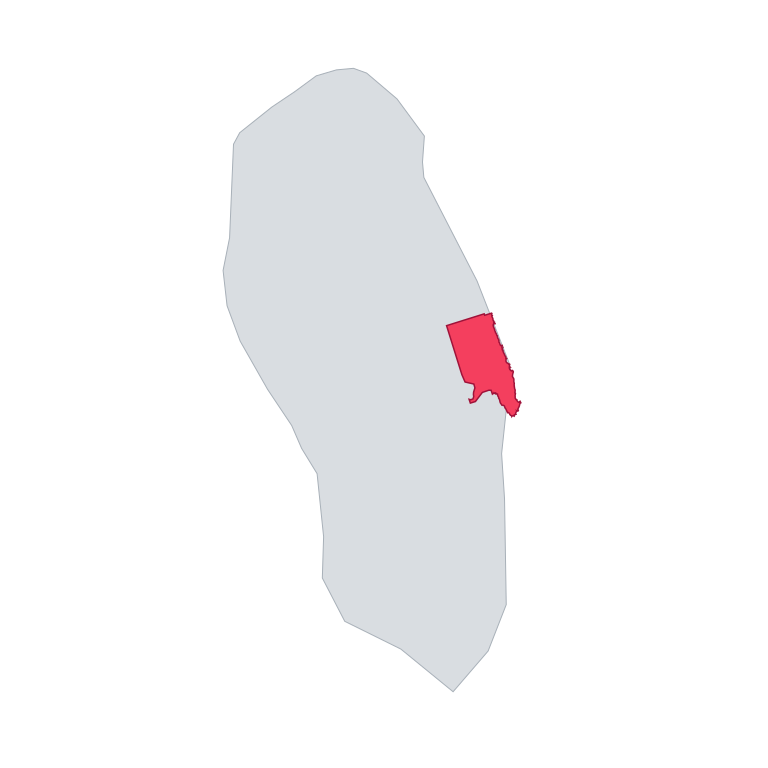 86, Ar Rayyān, Qatar shown in context, rotated 163°
{"feature_id": "91078587B46444112589307", "entity_name": "86", "entity_type": "district", "adm_level": 2, "iso_a3": "QAT", "parent_name": "Qatar", "parent_adm1": "Ar Rayyān", "projection": "equal_earth", "projection_center": [50.779, 25.397], "detail": "fine", "context": "in_parent", "style": "filled", "palette": "rose", "viewbox_px": 768, "rotation_deg": 163, "n_neighbors": 0, "source": "geoboundaries", "source_scale": "gbopen_adm2", "svg_char_len": 5691}
<svg xmlns="http://www.w3.org/2000/svg" viewBox="0 0 768 768"><g transform="rotate(163 384 384)"><path d="M410.4,681.6L383.8,689.7L358.7,698.5L337.7,698.3L320.9,694.8L309.7,686.4L288.2,652.8L272.9,609.3L282.3,585.0L285.5,569.9L264.9,455.3L258.2,367.5L260.7,349.5L272.4,328.8L291.9,283.0L302.3,239.0L331.6,137.3L362.5,98.2L407.9,69.5L445.4,125.6L490.9,168.5L499.7,216.5L486.4,255.6L474.2,317.8L481.6,346.5L484.4,371.3L496.9,412.9L509.0,467.0L511.2,504.7L504.7,539.6L488.9,569.0L457.8,657.3L448.5,666.5L410.4,681.6Z" fill="#d9dde1" stroke="#a8b0b8" stroke-width="1"/><path d="M307.0,340.5L301.7,340.5L292.4,347.2L285.6,347.4L283.4,346.7L283.3,342.7L282.7,343.0L282.2,343.0L282.0,342.9L281.9,343.0L281.9,342.9L281.6,342.9L281.4,343.0L280.7,343.1L280.4,343.1L280.2,343.0L280.2,342.8L279.9,342.7L279.0,341.7L279.9,341.8L280.1,342.1L280.3,342.1L280.4,342.3L280.5,342.4L280.6,342.6L280.3,342.0L280.0,341.8L279.1,341.6L278.7,340.9L278.6,340.2L278.6,339.3L278.6,338.9L278.4,338.5L278.3,337.8L278.5,337.0L278.4,336.7L278.3,336.2L278.2,335.9L278.1,334.7L278.2,334.3L278.2,333.5L278.3,333.2L278.3,332.7L278.2,331.8L278.2,331.6L278.1,331.4L278.1,331.2L277.8,330.6L277.5,329.6L277.5,329.3L277.2,329.0L277.4,328.7L277.2,328.9L277.1,329.0L276.8,328.9L276.9,328.5L276.8,328.8L276.4,328.8L276.1,328.7L275.8,328.5L275.4,327.9L275.3,327.7L275.3,326.7L275.2,326.3L275.3,325.8L275.0,325.3L274.9,324.8L274.8,324.6L274.7,324.1L274.6,323.6L274.6,323.2L274.5,322.7L274.5,322.4L274.4,322.1L274.3,321.9L274.4,321.6L274.3,321.4L274.3,321.1L274.0,320.8L274.1,320.4L273.5,320.3L273.1,320.0L273.0,319.9L273.0,319.7L272.9,319.5L272.8,319.4L272.7,319.0L272.6,318.7L272.6,318.1L272.3,317.5L272.1,317.0L271.8,316.8L271.3,316.3L271.3,316.2L271.3,315.9L271.3,315.7L271.2,315.8L271.2,316.0L270.5,316.0L270.1,315.8L269.7,315.8L269.5,316.0L269.3,316.0L269.0,315.7L269.0,315.4L268.9,315.2L268.5,315.5L268.5,315.8L268.6,316.0L268.4,316.3L268.1,316.4L267.8,316.5L267.2,316.6L266.7,316.5L266.8,317.0L266.7,317.1L266.4,317.9L266.2,318.2L265.6,318.7L265.4,318.8L265.1,319.2L264.9,319.4L264.6,319.5L264.3,319.1L264.4,319.3L264.1,319.1L264.0,319.5L263.8,320.2L263.5,320.4L263.1,319.7L262.8,320.0L263.1,319.9L263.4,320.2L263.4,320.4L263.3,320.8L263.1,321.1L262.4,321.9L262.0,322.2L261.8,322.5L261.0,323.4L260.1,325.0L259.5,325.9L259.2,326.1L258.9,326.0L259.0,325.9L258.9,325.9L258.9,326.0L259.0,326.4L258.9,326.7L258.8,327.1L259.0,327.4L259.0,327.7L259.3,327.6L259.4,327.2L259.7,326.9L260.2,327.0L260.4,327.1L260.7,327.4L261.1,327.8L261.3,328.2L261.5,328.6L261.7,329.5L261.6,329.8L261.8,329.8L261.9,330.2L262.0,330.3L262.1,330.5L262.4,330.7L262.4,330.9L262.4,331.4L262.5,331.8L262.7,332.1L262.6,332.5L262.2,333.7L262.1,334.4L261.9,334.9L261.2,336.2L261.0,336.7L261.1,337.0L261.3,337.0L261.3,337.7L261.0,338.2L260.6,339.0L260.4,339.8L260.3,340.3L260.4,341.3L260.4,341.9L260.3,342.5L260.1,342.8L260.1,343.1L260.2,343.4L260.0,344.0L259.9,344.2L259.9,344.8L259.6,345.6L259.3,346.3L259.3,346.6L259.2,346.7L259.2,346.9L259.2,347.1L259.2,347.8L259.1,348.1L259.1,348.5L259.0,348.9L258.8,349.3L258.7,349.6L258.5,350.2L258.5,350.5L258.4,350.8L258.4,351.6L258.6,351.9L258.7,352.2L258.7,352.6L258.7,352.8L258.9,353.0L259.0,353.5L258.9,353.9L258.0,355.9L257.6,356.5L257.3,357.0L257.0,357.4L256.8,357.8L256.8,358.5L257.1,359.3L257.4,359.5L257.7,359.2L258.2,359.2L258.5,359.4L258.7,359.7L258.9,360.1L259.0,360.5L259.4,361.0L259.5,361.2L259.4,362.0L259.4,362.5L259.1,362.6L259.4,362.7L259.3,363.0L259.1,363.0L258.9,363.3L259.0,363.3L259.0,363.1L259.3,363.2L259.2,363.5L258.9,364.2L258.9,364.3L258.5,365.3L258.0,366.0L258.1,366.3L258.4,366.3L258.5,366.1L258.9,366.4L259.2,367.3L259.5,367.5L259.9,368.1L260.2,368.2L260.4,368.5L260.6,369.1L260.7,369.8L260.7,370.2L260.4,371.2L259.8,372.4L259.7,372.4L259.6,372.7L259.8,372.4L260.0,372.6L259.8,372.9L259.7,372.9L259.9,373.1L259.7,373.5L259.7,374.1L259.8,374.8L259.7,374.9L259.8,375.1L260.0,375.4L260.0,375.7L260.2,376.4L260.1,376.6L260.1,377.0L260.3,377.8L260.3,378.1L260.3,378.3L260.5,378.7L260.5,378.8L260.5,379.5L260.6,380.3L260.6,380.7L260.3,381.2L260.3,381.6L260.5,381.7L260.8,381.8L260.8,382.2L260.8,382.6L260.7,383.1L260.4,383.5L260.2,383.7L260.4,383.7L260.5,383.9L260.6,384.4L260.5,384.7L260.3,385.2L260.1,386.1L259.8,386.1L259.7,386.3L259.8,386.2L260.1,386.2L260.1,386.4L259.8,386.5L259.7,386.4L259.7,386.5L259.8,386.6L260.3,386.5L260.7,386.4L260.8,386.4L261.2,386.7L261.4,387.2L261.5,388.3L261.5,388.5L261.5,389.1L261.5,389.6L261.8,390.2L261.5,391.5L261.6,391.8L261.3,392.1L261.3,392.7L261.3,392.9L261.3,393.4L261.4,393.5L261.6,393.7L261.7,394.0L261.8,394.2L261.8,394.5L261.7,395.2L261.7,395.4L261.8,395.7L261.7,396.0L261.7,396.4L261.5,397.0L261.9,397.5L261.9,397.9L261.9,398.9L262.0,399.4L262.0,399.8L262.2,400.2L262.3,400.3L262.3,401.3L262.3,401.7L262.3,402.1L262.5,402.7L262.5,402.9L262.2,403.8L262.4,404.2L262.4,405.3L262.4,405.6L262.6,405.8L262.6,406.3L262.5,408.0L262.1,408.9L261.8,409.3L261.7,409.4L261.3,409.4L260.9,409.4L260.9,409.5L261.4,409.4L261.5,409.6L261.3,409.9L261.0,410.1L260.8,409.8L260.7,409.3L260.1,409.2L260.1,409.3L260.6,409.4L260.7,410.0L260.8,410.3L260.8,410.1L261.0,410.2L261.1,410.4L260.9,410.7L260.8,410.3L260.7,410.3L260.9,410.8L260.7,410.9L260.4,410.6L260.3,410.9L260.9,411.1L260.9,411.6L260.7,412.5L260.9,412.7L261.0,412.8L261.0,413.4L260.8,414.7L260.7,415.0L260.9,415.8L261.0,416.6L261.1,416.8L261.0,417.4L260.9,417.8L260.8,418.0L260.7,418.1L260.0,417.4L259.9,417.3L260.9,418.4L260.9,418.5L260.8,418.9L260.3,419.8L260.2,419.9L260.4,420.3L267.7,420.3L267.7,421.8L307.1,421.5L306.8,370.2L305.9,362.2L298.1,357.7L298.2,353.7L300.7,350.0L301.5,348.0L301.9,345.7L303.3,343.7L305.6,343.6L307.1,344.5L307.0,340.5Z" fill="#f43f5e" stroke="#9f1239" stroke-width="1.5"/></g></svg>